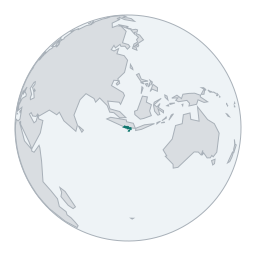 globe centered on Bengkulu, rotated 331°
{"feature_id": "IDN-1225", "entity_name": "Bengkulu", "entity_type": "Province", "adm_level": 1, "iso_a3": "IDN", "parent_name": "Indonesia", "parent_adm1": "", "projection": "orthographic", "projection_center": [102.58, -3.868], "detail": "fine", "context": "on_globe", "style": "filled", "palette": "teal", "viewbox_px": 256, "rotation_deg": 331, "n_neighbors": 0, "source": "natural_earth", "source_scale": "10m", "svg_char_len": 7815}
<svg xmlns="http://www.w3.org/2000/svg" viewBox="0 0 256 256"><g transform="rotate(331 128 128)"><circle cx="128" cy="128" r="113" fill="#eef3f6" stroke="#a8b0b8"/><path d="M233.6,157.5L233.4,158.3L233.6,157.5ZM174.3,25.3L172.7,24.6L174.5,25.5L167.5,22.5L170.3,23.6L174.3,25.3ZM164.2,21.3L162.8,20.9L163.1,21.0L164.2,21.3ZM32.6,68.1L31.3,70.6L34.5,66.1L35.2,68.5L37.9,67.8L45.2,58.5L40.7,59.3L43.5,55.2L49.8,50.8L54.2,50.7L55.4,49.2L55.6,46.0L59.6,43.2L56.0,44.8L55.2,46.2L53.0,47.4L53.5,46.3L54.9,45.2L54.4,44.7L47.9,50.5L46.4,52.6L43.4,54.4L40.6,58.1L38.7,60.2L42.6,54.7L44.5,52.5L47.0,49.8L54.5,42.6L62.7,36.2L63.0,36.0L64.4,35.1L68.1,32.7L67.9,32.9L71.3,30.8L74.1,29.6L73.6,29.4L77.8,27.2L81.8,25.3L83.1,24.7L79.8,26.2L91.2,21.5L93.0,21.0L90.0,22.8L86.8,24.0L86.2,23.8L82.8,25.7L84.9,24.7L84.8,25.1L88.9,23.5L89.0,23.7L92.7,22.0L93.3,22.1L90.9,23.1L97.4,21.4L99.8,21.5L101.2,21.1L102.0,20.6L104.5,21.4L105.4,21.0L105.0,20.6L106.5,19.7L110.3,18.6L110.9,19.0L109.6,19.4L108.0,21.1L104.5,22.5L105.1,22.5L108.3,21.4L110.4,19.4L112.4,18.6L111.9,19.4L112.3,19.1L113.5,18.9L115.3,19.0L116.1,18.2L128.7,16.6L133.5,17.2L131.6,17.8L141.2,18.3L145.8,19.7L145.4,19.2L149.7,19.5L148.3,19.0L148.4,18.8L158.8,20.4L161.7,21.4L165.7,22.2L163.5,21.4L167.5,22.5L174.5,25.5L178.9,27.7L178.6,27.9L180.3,29.3L177.4,29.0L179.0,30.4L180.6,31.1L183.9,33.9L185.5,37.9L177.5,31.5L173.8,26.6L174.7,28.1L172.5,27.0L171.7,27.2L172.5,28.5L173.8,29.1L165.0,28.6L163.0,32.5L168.0,33.3L171.2,35.5L173.3,42.5L164.5,50.8L168.8,55.3L169.1,57.8L165.7,58.8L165.0,55.0L161.4,53.1L161.6,51.0L155.8,51.8L155.8,48.9L151.3,51.3L153.1,53.9L158.3,54.0L154.3,57.7L159.7,62.9L160.5,68.5L151.9,77.7L143.0,80.0L142.5,81.9L138.8,79.4L134.1,82.9L140.9,94.6L140.7,97.9L133.0,103.7L132.8,101.2L123.3,94.6L121.5,102.5L128.7,109.6L131.2,117.9L125.7,115.0L123.1,107.8L119.7,105.3L120.7,98.3L117.8,88.0L112.2,89.7L112.6,85.7L107.9,77.6L99.8,80.0L87.0,90.5L85.2,100.9L80.8,105.6L75.4,90.7L75.6,80.9L72.1,81.9L67.9,74.2L56.0,74.4L55.8,72.0L53.2,73.3L50.5,71.3L50.8,67.6L48.5,68.0L48.3,77.9L50.9,77.5L55.2,73.3L54.4,77.0L57.2,80.2L48.9,89.8L33.7,99.6L34.7,91.9L35.9,72.6L37.2,70.4L37.3,70.1L37.5,69.7L35.1,73.4L36.1,69.8L32.8,83.0L31.2,89.1L33.4,100.1L32.6,101.4L34.1,103.7L41.8,100.0L41.3,102.6L36.2,115.4L27.6,133.8L30.2,145.5L32.0,155.8L29.9,163.3L33.3,171.2L32.6,174.4L34.7,179.0L36.0,184.2L37.0,189.3L35.2,190.4L32.6,186.4L27.8,178.9L20.1,160.4L17.9,151.3L16.6,144.6L16.1,141.2L15.5,132.7L15.4,124.3L16.0,115.8L17.3,107.4L19.1,99.1L21.6,91.0L24.7,83.1L28.3,75.5L32.6,68.1ZM44.3,52.6L42.4,54.9L42.5,54.7L39.4,58.5L40.7,56.8L44.3,52.6ZM56.4,55.9L60.6,56.1L63.1,50.7L64.9,50.5L65.1,48.9L63.2,50.4L64.2,46.2L67.7,44.7L69.4,42.6L68.0,42.5L61.6,46.0L60.1,51.8L57.2,54.1L56.4,55.9ZM43.2,60.2L41.1,62.0L41.2,61.3L41.9,60.8L43.2,60.2ZM38.2,61.2L38.3,62.1L37.7,61.9L38.2,61.2ZM86.7,208.2L89.1,209.6L87.5,209.7L86.7,208.2ZM42.2,153.0L43.8,171.5L40.9,171.9L38.2,166.6L36.1,155.5L38.8,152.1L39.6,147.0L42.2,153.0ZM159.3,139.5L162.6,140.3L162.5,140.9L159.3,139.5ZM155.9,137.3L159.7,137.8L155.2,138.4L155.9,137.3ZM161.2,138.0L165.1,137.4L166.7,136.8L166.4,137.9L161.2,138.0ZM153.3,137.0L139.1,135.7L133.4,133.9L134.8,132.0L143.9,133.2L153.3,137.0ZM134.3,131.9L125.7,125.9L113.8,109.8L118.0,110.2L130.5,120.2L129.7,121.8L134.9,126.4L134.3,131.9ZM155.2,123.5L154.4,128.5L146.5,127.3L143.0,126.2L140.5,119.6L141.9,116.5L144.8,116.9L156.1,107.1L160.0,110.2L156.6,114.3L159.8,118.9L155.2,123.5ZM85.6,101.9L88.0,108.3L85.6,109.3L85.6,101.9ZM160.6,100.3L156.1,104.4L160.2,98.7L160.6,100.3ZM162.9,94.9L163.3,97.2L161.4,94.8L162.9,94.9ZM142.4,84.9L139.3,85.2L139.2,83.6L143.1,82.4L142.4,84.9ZM161.0,73.5L161.1,77.8L160.6,79.3L159.1,76.4L161.0,73.5ZM112.9,17.4L106.8,18.3L103.0,19.3L101.7,20.1L100.9,19.6L106.8,18.1L112.9,17.4ZM126.7,16.5L127.8,16.1L129.1,16.3L126.7,16.5ZM126.2,16.3L124.3,16.0L126.0,15.8L127.2,16.1L126.2,16.3ZM113.8,16.3L112.0,16.6L112.4,16.5L113.8,16.3ZM207.7,199.7L207.7,201.1L204.6,204.0L200.7,206.7L198.1,206.8L207.7,199.7ZM184.2,201.4L185.3,197.0L189.0,197.5L186.4,201.1L184.2,201.4ZM210.3,197.6L213.2,194.4L215.5,189.5L213.7,194.2L214.5,195.3L208.3,201.1L210.3,197.6ZM174.2,181.0L152.6,186.6L148.1,185.0L149.8,181.6L146.9,170.8L148.4,171.1L148.1,164.1L161.3,159.1L170.8,148.9L177.5,150.5L182.9,143.2L189.5,144.9L187.1,150.9L193.5,156.5L199.1,143.1L201.7,159.3L205.6,166.1L205.2,176.7L193.9,192.2L188.5,194.5L188.0,192.6L185.6,194.0L182.7,192.5L182.1,186.4L179.8,187.8L182.6,183.8L178.9,187.1L177.8,183.1L174.2,181.0ZM220.9,163.2L221.6,164.0L222.2,167.4L221.2,166.3L220.9,163.2ZM231.9,159.7L231.8,161.3L231.3,161.1L231.9,159.7ZM233.4,158.4L232.7,158.4L233.6,157.5L233.4,158.4ZM225.9,155.6L226.1,156.8L225.8,157.0L225.9,155.6ZM225.7,155.2L226.3,153.8L226.0,155.4L225.7,155.2ZM223.0,145.3L223.5,144.7L223.6,145.4L223.0,145.3ZM167.5,141.0L172.2,137.6L174.7,137.6L167.5,141.0ZM222.4,143.3L221.2,142.7L221.4,142.0L222.4,143.3ZM222.6,141.5L222.5,140.3L223.1,143.2L222.6,141.5ZM220.4,138.1L221.8,140.6L220.2,138.3L220.4,138.1ZM219.5,138.0L218.4,136.8L218.5,136.5L219.5,138.0ZM206.3,135.8L210.4,143.7L206.9,142.5L202.9,137.3L199.5,140.5L192.0,138.3L193.8,136.2L192.9,132.4L184.9,129.5L183.2,126.9L186.2,125.8L180.8,123.1L186.7,123.0L189.0,128.2L192.4,125.1L197.9,127.2L203.2,129.9L207.3,134.6L206.3,135.8ZM186.6,133.6L187.6,133.8L186.6,135.1L186.6,133.6ZM216.3,133.4L217.9,136.3L217.7,136.8L216.9,136.2L216.3,133.4ZM208.3,134.0L212.7,131.2L213.7,131.6L210.8,135.3L208.3,134.0ZM211.7,128.3L213.7,129.4L214.7,132.0L214.3,132.5L211.7,128.3ZM174.5,127.2L174.2,128.5L172.7,127.3L174.5,127.2ZM176.5,126.7L181.2,128.9L176.1,127.8L176.5,126.7ZM162.1,120.3L163.5,123.6L167.9,122.1L164.5,124.6L167.5,130.1L166.4,131.9L163.5,125.9L162.4,131.6L160.4,131.3L159.4,126.2L161.4,120.4L163.4,118.2L171.4,118.2L162.1,120.3ZM176.5,122.9L175.3,119.1L176.2,116.9L177.6,119.0L176.5,122.9ZM171.5,110.1L168.0,105.7L165.0,106.8L171.1,102.0L173.4,107.0L171.5,110.1ZM168.4,101.0L165.6,102.0L168.5,99.2L168.4,101.0ZM164.8,100.6L164.4,97.8L166.7,98.5L164.8,100.6ZM169.9,101.3L170.3,96.8L171.6,99.6L169.9,101.3ZM163.3,91.7L168.3,96.7L161.9,94.1L161.2,85.5L164.0,85.6L163.3,91.7ZM176.0,61.8L175.1,59.6L177.5,59.6L177.4,61.0L176.0,61.8ZM184.3,58.4L177.8,58.9L172.5,59.8L174.3,61.0L173.5,64.3L170.5,60.6L173.9,57.5L178.1,57.5L178.3,54.9L181.1,53.7L179.9,50.3L180.9,49.3L183.3,52.4L184.3,58.4ZM179.2,48.9L178.1,43.7L182.6,45.4L183.9,46.9L182.5,48.5L180.1,47.5L179.2,48.9ZM179.1,43.0L176.9,42.0L170.5,34.4L170.2,33.3L177.5,39.5L175.8,39.0L176.6,40.8L179.1,43.0ZM163.4,21.1L162.9,20.9L164.1,21.3L163.4,21.1ZM147.5,18.6L147.9,18.4L149.4,18.8L147.5,18.6ZM149.8,18.2L147.9,17.9L149.6,18.1L149.8,18.2ZM143.7,17.5L147.0,17.8L144.2,17.7L143.7,17.5Z" fill="#d9dde1" stroke="#a8b0b8" stroke-width="1"/><path d="M130.0,130.1L129.9,130.1L129.8,129.9L129.7,129.9L129.7,130.0L129.6,129.9L129.4,129.8L129.4,129.7L129.2,129.5L128.9,129.3L128.7,129.2L128.2,128.8L127.9,128.6L127.6,128.3L127.5,128.2L127.4,128.2L127.5,128.0L127.4,127.9L127.4,127.7L127.0,127.4L126.6,127.1L126.2,126.8L126.1,126.7L125.7,126.2L125.5,125.8L125.5,125.7L125.4,125.7L125.2,125.6L124.9,125.3L125.0,125.3L125.1,125.2L125.3,125.0L125.5,124.9L125.8,124.8L125.9,125.0L126.0,125.0L126.0,125.3L126.3,125.5L126.5,125.7L126.7,125.8L126.8,125.8L127.0,125.9L127.1,126.0L127.3,126.2L127.3,126.3L127.5,126.5L127.5,126.4L127.7,126.5L127.8,126.5L127.8,126.8L127.9,127.0L128.0,127.0L128.2,126.9L128.3,126.9L128.4,127.0L128.5,127.0L128.8,127.1L128.8,127.4L128.7,127.4L128.6,127.5L128.2,127.8L128.2,128.0L128.3,128.1L128.5,128.3L128.6,128.2L128.7,128.3L128.8,128.3L129.0,128.3L129.2,128.5L129.2,128.8L129.3,128.8L129.5,128.9L129.8,129.0L130.0,129.0L130.0,129.3L130.2,129.5L130.2,129.8L130.3,129.8L130.2,130.0L130.0,130.1ZM127.7,131.0L127.4,131.2L127.1,130.9L127.3,130.8L127.5,130.9L127.6,131.0L127.7,131.0Z" fill="#14b8a6" stroke="#0f766e" stroke-width="1.5"/></g></svg>